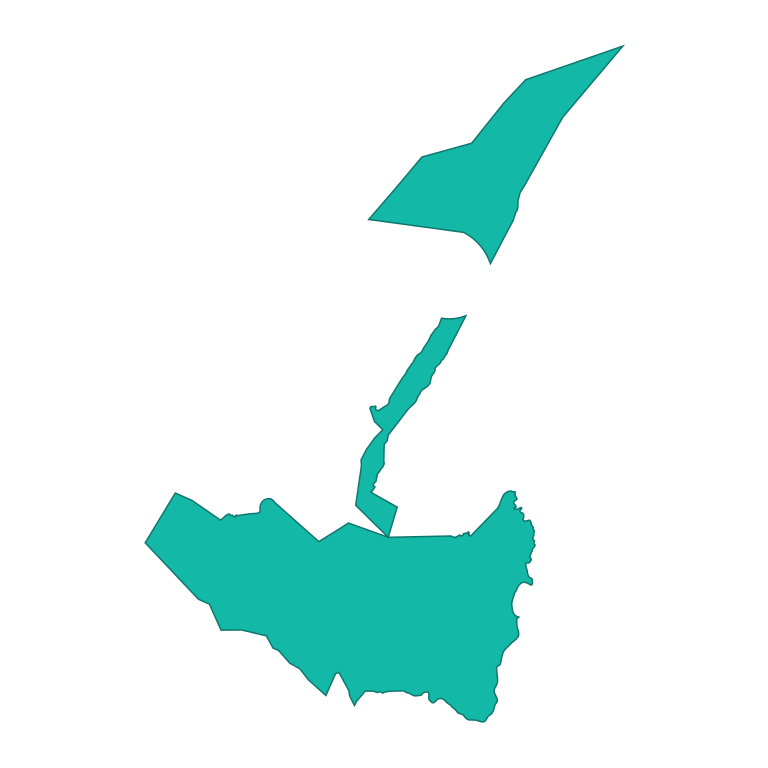 outline of Grímsnes- og Grafningshreppur, Suðurland, Iceland
{"feature_id": "244011B74100778143587", "entity_name": "Grímsnes- og Grafningshreppur", "entity_type": "district", "adm_level": 2, "iso_a3": "ISL", "parent_name": "Iceland", "parent_adm1": "Suðurland", "projection": "albers", "projection_center": [-20.782, 64.303], "detail": "fine", "context": "isolated", "style": "filled", "palette": "teal", "viewbox_px": 768, "rotation_deg": 0, "n_neighbors": 0, "source": "geoboundaries", "source_scale": "gbopen_adm2", "svg_char_len": 6108}
<svg xmlns="http://www.w3.org/2000/svg" viewBox="0 0 768 768"><path d="M145.2,542.8L198.5,599.3L209.5,604.2L221.0,630.1L241.5,630.0L266.3,635.8L273.0,648.0L278.7,650.6L289.8,663.2L299.9,668.9L308.4,679.8L325.9,695.5L335.5,673.8L338.9,672.3L349.1,691.1L349.3,694.1L349.8,695.9L350.5,697.8L354.5,705.5L356.2,701.9L358.8,698.6L362.8,694.1L364.9,691.1L373.7,691.1L376.3,692.3L377.4,692.5L378.8,691.9L379.7,691.7L380.9,692.0L382.8,693.1L385.5,691.8L387.9,691.7L389.0,691.2L404.1,690.9L405.0,691.8L406.0,692.4L410.2,693.6L411.9,694.8L413.9,695.7L415.6,695.9L420.9,695.3L421.4,694.9L423.3,692.8L424.2,692.3L426.2,692.0L427.2,692.0L428.0,692.2L428.5,692.8L428.8,693.7L429.0,695.0L428.8,697.7L428.9,698.9L429.4,700.0L430.2,701.0L432.2,702.7L433.5,702.8L434.0,702.6L438.0,699.0L440.2,698.5L442.3,698.8L443.1,699.2L444.1,699.9L447.7,703.3L450.6,705.2L452.0,707.1L455.3,709.6L456.0,710.4L457.6,712.6L458.3,713.1L463.0,714.8L464.3,716.2L465.0,717.3L466.8,719.0L468.9,719.9L475.5,720.1L476.9,720.4L479.8,721.4L482.1,721.9L484.3,721.7L485.3,720.9L486.1,719.9L487.5,717.2L488.2,716.2L491.4,713.9L492.9,711.7L493.4,710.6L494.6,706.3L495.0,705.1L496.1,703.2L496.9,702.2L497.3,701.2L497.4,700.2L497.2,699.1L496.6,697.5L494.8,693.7L494.3,692.2L494.1,691.0L494.2,690.9L494.2,690.4L494.3,689.4L494.8,688.2L495.9,686.4L497.1,683.3L497.4,682.2L497.6,681.1L497.6,679.5L496.5,668.2L496.7,667.3L497.4,666.2L498.2,665.7L499.0,665.5L499.8,664.9L500.3,664.1L500.7,662.5L502.1,655.7L502.8,653.4L503.8,651.2L504.5,650.1L505.8,648.6L507.3,647.3L511.9,642.6L516.3,639.0L518.0,636.9L518.5,635.7L518.7,634.5L518.7,633.2L518.5,631.6L517.2,627.3L516.8,623.8L516.7,620.5L516.8,619.4L517.2,618.3L518.8,617.1L516.7,616.4L514.7,615.1L513.0,612.2L512.6,611.2L511.8,605.1L511.8,603.2L512.1,601.6L513.1,597.6L513.9,595.6L514.6,593.0L516.0,591.0L517.4,587.6L518.9,585.3L520.2,583.9L521.4,583.0L523.5,582.2L525.8,582.5L528.8,583.8L530.0,584.7L531.2,585.1L532.1,584.4L532.4,582.8L532.4,580.1L532.2,579.2L531.7,578.6L529.3,577.2L528.0,575.0L527.5,573.0L527.1,570.4L525.9,566.3L525.7,564.6L526.1,563.4L526.5,562.8L527.2,562.7L528.4,563.0L529.4,562.7L530.4,561.4L531.3,559.7L531.1,558.7L530.0,557.1L529.9,556.1L530.5,555.1L531.2,552.8L532.1,551.2L532.7,548.6L534.5,546.6L534.9,545.8L535.0,545.1L534.9,544.6L534.1,544.1L533.9,543.7L533.9,543.4L534.1,542.4L534.6,541.3L534.5,541.0L534.0,540.3L533.0,539.8L532.8,539.6L532.7,538.9L533.2,536.6L533.8,535.4L533.8,535.0L533.8,533.7L533.9,532.3L534.4,531.4L534.5,530.9L534.1,530.3L533.1,529.3L533.1,528.3L533.4,527.6L533.3,527.3L532.8,526.9L531.8,525.4L531.4,524.2L530.6,521.4L530.3,520.9L529.9,520.4L528.4,520.3L526.0,521.1L525.3,521.1L524.0,520.9L523.4,520.2L523.2,519.7L523.1,518.9L523.7,517.5L523.6,514.4L523.4,513.9L522.7,513.2L520.6,512.3L520.1,512.0L519.8,511.3L519.8,511.0L520.0,510.6L520.8,509.8L521.7,508.4L521.8,508.1L521.5,507.7L520.9,507.5L520.4,507.6L517.8,509.1L516.8,509.3L514.6,509.2L513.9,508.8L513.8,508.5L513.9,508.1L514.4,507.8L515.5,507.6L515.8,507.4L516.1,506.8L515.9,506.1L515.3,505.1L514.1,503.9L513.9,503.5L513.8,502.9L513.9,501.8L514.5,500.9L516.8,499.6L516.9,498.5L516.0,496.9L515.5,496.1L515.3,495.7L515.3,494.6L515.1,494.0L515.0,493.3L515.3,492.2L515.1,491.9L514.6,491.7L512.2,491.6L511.6,491.2L510.4,491.0L508.3,491.4L505.9,492.7L503.8,494.6L502.9,496.1L501.2,500.0L499.6,504.5L497.6,508.3L471.4,535.3L470.7,535.9L470.1,535.9L469.3,535.4L468.7,535.3L468.6,534.7L468.8,534.6L469.3,533.7L469.2,533.5L468.6,533.4L468.8,532.7L468.9,532.3L468.1,531.9L467.9,532.1L467.8,533.0L467.4,533.2L467.0,533.3L465.8,533.0L465.3,533.5L463.6,533.6L463.2,534.1L463.1,535.4L462.5,535.5L461.9,535.9L461.0,536.0L460.3,535.1L459.1,535.2L458.1,536.1L457.7,536.1L457.6,536.4L457.3,536.6L456.9,536.6L456.3,536.9L456.0,537.4L455.3,537.2L454.7,537.6L453.9,537.1L453.3,537.1L453.1,536.9L452.2,536.7L451.8,536.3L450.7,536.0L388.2,537.3L348.4,523.0L339.8,528.6L318.8,541.6L274.9,502.6L272.9,500.2L270.8,498.8L268.1,498.6L266.0,499.1L263.6,500.3L261.8,502.1L260.4,505.1L260.0,507.1L260.0,508.8L260.2,509.8L260.2,510.7L259.7,511.9L258.7,512.7L257.5,513.3L249.9,513.8L237.4,515.6L237.1,515.3L236.2,515.0L235.4,516.0L235.4,516.6L235.0,517.2L234.1,516.5L232.9,516.1L232.3,515.2L230.6,515.3L230.1,515.1L229.6,514.1L228.7,514.0L227.2,514.9L226.5,515.0L220.6,520.2L192.1,500.5L175.3,493.0L145.2,542.8ZM368.7,219.5L463.7,232.4L468.6,235.3L472.5,238.1L476.1,241.2L480.0,245.3L483.0,249.1L486.1,253.9L488.6,259.0L490.4,263.6L513.1,220.5L516.0,211.9L516.9,210.6L517.3,209.7L517.5,209.1L517.9,206.0L518.0,200.9L519.7,194.0L520.2,192.4L524.6,185.4L562.7,117.3L622.8,46.1L525.7,79.7L503.7,103.2L471.7,143.2L421.9,157.0L397.9,185.6L368.7,219.5ZM388.2,537.3L397.2,507.1L371.0,492.3L370.9,492.1L370.9,491.9L372.8,490.5L373.6,488.6L374.7,487.8L374.9,486.7L374.0,486.4L373.5,486.2L373.3,485.7L373.3,485.2L373.4,484.5L374.4,482.7L375.9,481.5L376.6,478.2L377.2,476.0L377.3,475.5L377.1,474.9L377.1,474.3L377.4,473.8L378.6,472.9L378.8,472.4L380.2,470.3L380.6,469.4L382.8,466.9L383.5,465.3L384.3,463.9L384.3,463.6L384.0,462.8L383.8,460.8L384.2,444.4L387.4,440.5L387.6,438.3L388.3,435.0L408.5,408.7L414.2,403.4L415.3,402.1L415.7,401.6L417.9,396.6L420.1,393.2L421.2,390.9L421.9,390.1L424.1,388.7L427.4,386.4L429.6,383.9L430.2,382.5L431.2,377.1L432.3,374.9L434.5,371.8L434.8,371.1L434.9,370.7L435.2,368.1L435.3,367.7L438.0,365.0L439.8,363.6L440.7,362.1L441.3,360.7L443.2,359.1L443.9,358.2L445.1,355.8L447.0,353.4L448.2,350.1L465.9,315.7L460.2,317.6L454.2,318.7L448.2,318.9L445.2,318.7L441.5,318.2L438.7,326.0L438.4,326.5L434.7,329.9L434.3,330.9L431.1,335.1L428.6,340.6L425.4,345.4L424.5,346.5L422.1,351.0L420.1,353.4L417.4,355.0L415.7,357.2L413.6,360.9L413.2,362.2L412.5,363.1L411.5,364.0L410.1,366.4L409.0,367.7L407.5,370.0L406.5,371.6L406.0,373.1L405.4,374.0L402.1,378.4L389.6,398.5L388.7,403.5L386.7,405.4L384.2,406.8L378.5,410.6L377.1,410.3L375.9,409.8L375.6,409.4L375.5,408.9L375.9,406.9L375.9,406.4L375.7,406.2L375.0,406.1L373.8,406.7L372.7,406.5L371.2,406.5L370.0,408.0L369.9,408.2L374.5,421.6L382.8,429.7L374.6,438.1L366.5,449.3L361.1,459.7L361.4,466.0L355.7,505.3L388.2,537.3Z" fill="#14b8a6" stroke="#0f766e" stroke-width="1.5"/></svg>